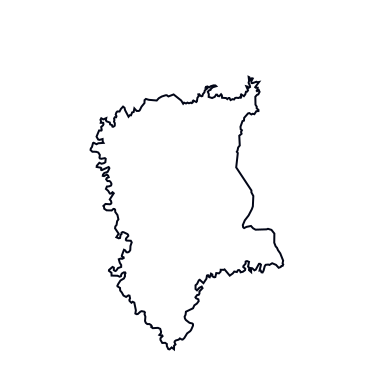 San Pedro el Alto, Oaxaca, Mexico (orthographic projection), rotated 48°
{"feature_id": "50627088B47026157219910", "entity_name": "San Pedro el Alto", "entity_type": "district", "adm_level": 2, "iso_a3": "MEX", "parent_name": "Mexico", "parent_adm1": "Oaxaca", "projection": "orthographic", "projection_center": [-96.479, 16.023], "detail": "fine", "context": "isolated", "style": "outline", "palette": "ink", "viewbox_px": 384, "rotation_deg": 48, "n_neighbors": 0, "source": "geoboundaries", "source_scale": "gbopen_adm2", "svg_char_len": 6044}
<svg xmlns="http://www.w3.org/2000/svg" viewBox="0 0 384 384"><g transform="rotate(48 192 192)"><path d="M306.9,172.7L305.6,172.4L304.0,170.2L296.7,167.5L292.7,167.0L290.4,166.2L288.4,166.2L284.7,164.8L278.0,158.6L273.3,158.3L270.2,160.2L269.7,161.5L262.5,170.0L259.8,170.9L256.7,170.9L254.4,174.8L253.7,177.4L252.5,177.6L250.6,176.4L248.4,171.7L247.3,165.6L244.8,159.0L243.4,156.4L236.0,149.1L232.0,148.1L230.6,146.8L203.3,142.7L193.7,131.9L192.1,131.8L191.7,130.5L189.8,127.9L189.4,125.4L181.8,119.2L181.9,116.2L180.2,115.4L179.5,113.6L178.1,113.9L176.0,112.4L173.1,107.0L173.7,105.6L171.8,103.6L171.1,97.8L171.7,96.6L174.1,96.0L174.5,94.5L175.9,93.6L175.0,90.1L176.3,88.5L175.5,87.7L173.0,87.9L171.9,86.8L169.6,86.4L163.6,81.2L163.3,78.8L163.8,77.4L162.8,74.8L161.0,74.2L160.6,76.2L160.1,76.2L159.5,74.4L158.5,73.4L157.2,74.8L156.4,74.9L155.1,68.6L154.4,69.8L153.2,70.3L151.6,74.2L150.9,74.8L149.4,73.9L148.3,70.9L147.6,71.3L147.6,73.3L145.2,72.6L144.4,72.9L147.6,75.2L148.7,76.9L151.6,77.8L152.8,78.6L152.5,80.1L150.9,80.2L149.8,80.9L153.9,82.3L154.3,83.8L153.6,84.8L155.1,87.1L155.5,89.3L152.4,90.1L152.6,90.8L154.4,92.0L154.6,92.7L153.5,93.2L153.4,94.4L151.5,96.1L151.0,97.2L151.4,98.8L150.1,99.8L149.5,101.8L147.2,101.3L146.6,102.0L146.6,103.6L145.0,103.8L142.1,106.6L140.1,105.1L138.8,105.0L139.1,107.6L138.1,108.5L136.5,108.2L135.8,108.9L136.5,111.5L135.6,114.2L132.5,116.0L130.5,114.0L128.1,113.2L127.9,111.3L128.5,109.9L128.0,108.7L128.1,106.4L129.6,103.2L128.5,103.3L127.2,104.6L125.9,107.4L125.8,109.2L123.9,109.9L123.2,111.3L123.6,112.1L124.5,111.2L125.2,111.4L125.1,114.6L126.2,116.0L126.6,118.5L127.6,120.0L127.3,120.8L126.0,121.4L124.2,121.2L123.7,122.0L125.2,122.8L125.6,124.9L127.9,127.7L128.0,128.6L124.9,129.8L125.0,130.7L125.9,131.4L125.8,132.7L124.8,133.1L124.0,134.9L122.5,135.6L122.2,137.2L120.3,138.1L120.5,139.5L116.8,138.8L107.2,140.4L105.2,145.6L103.2,146.0L102.4,147.0L100.8,150.6L100.1,153.9L100.4,157.0L94.6,162.4L92.0,164.0L92.0,165.8L94.1,167.8L94.8,172.4L96.3,176.2L96.2,177.2L94.7,178.9L91.3,178.9L93.5,181.8L92.8,183.3L94.2,186.0L93.3,186.9L93.6,188.8L86.5,187.0L84.2,185.8L82.4,186.1L82.7,189.3L83.7,192.0L82.2,193.6L82.3,195.0L83.4,196.9L85.1,197.4L85.7,198.4L84.8,199.4L85.3,200.8L86.6,201.5L87.5,202.9L89.2,203.3L90.8,204.8L91.1,205.5L90.7,207.1L90.1,207.4L88.7,206.7L87.0,207.6L85.4,206.6L82.3,208.2L81.0,208.0L79.7,206.3L78.7,209.3L76.5,210.1L77.1,211.7L78.8,212.4L79.5,213.5L81.2,211.7L82.4,212.4L82.9,213.5L82.9,216.0L85.5,217.6L85.7,218.2L84.1,219.9L87.0,225.9L90.3,226.6L91.4,225.8L92.8,223.0L94.8,224.6L96.3,224.9L93.1,229.0L92.6,231.0L89.6,232.1L89.4,232.8L91.6,236.2L92.0,238.1L92.9,239.3L95.4,239.1L98.0,236.3L100.0,235.2L102.8,235.7L104.6,237.8L105.4,238.0L106.7,237.1L108.5,234.1L109.6,233.9L111.9,236.5L111.6,238.2L110.5,240.3L108.3,241.3L108.8,245.2L109.6,246.1L112.8,243.6L113.6,243.5L114.7,244.7L115.4,244.4L117.6,237.3L118.4,237.2L119.2,237.7L120.6,241.2L119.2,244.5L119.5,246.5L120.3,247.5L121.3,246.8L122.1,243.6L123.7,243.4L125.3,244.0L124.6,246.0L125.1,247.3L127.3,247.5L128.8,245.9L129.8,245.8L131.7,246.2L132.6,247.0L133.0,247.8L132.4,249.7L131.0,251.6L132.1,253.9L135.0,253.5L138.1,254.1L138.9,253.4L139.0,251.2L140.6,251.0L142.5,258.1L144.5,258.2L146.2,259.2L146.5,260.0L146.2,261.2L143.0,264.3L143.1,267.2L144.0,267.2L145.7,268.4L148.5,267.7L152.0,264.0L152.0,261.7L152.8,261.0L153.7,261.0L155.5,262.4L159.2,262.8L163.1,265.0L163.6,267.2L166.0,270.1L166.3,272.0L167.5,273.5L173.9,274.4L175.0,278.5L177.4,277.4L178.0,276.2L176.0,273.7L176.2,272.7L175.1,271.5L175.4,270.3L176.2,269.7L180.1,268.1L181.2,268.2L182.0,268.7L182.4,272.1L183.3,273.2L184.2,273.2L187.3,270.1L189.1,270.5L190.9,273.8L193.8,276.7L194.3,278.5L193.9,280.1L192.9,281.0L190.6,280.7L189.4,281.2L192.3,286.7L193.0,287.2L194.8,286.5L195.4,287.0L194.9,288.7L193.7,289.6L193.0,291.4L196.2,293.0L198.9,293.5L200.3,294.8L199.0,297.9L199.7,300.9L199.4,301.9L197.8,302.4L195.9,300.7L194.5,301.2L194.4,305.8L195.0,306.5L198.1,305.9L200.3,307.7L204.4,303.4L206.6,302.4L207.0,301.1L206.0,299.8L205.7,298.5L206.1,296.5L207.0,295.5L207.8,295.7L208.3,297.0L209.8,298.2L210.7,300.5L209.9,304.4L211.0,308.4L211.8,310.3L212.3,310.5L215.1,309.7L217.2,311.3L219.7,311.4L223.1,312.2L225.9,311.2L226.3,308.4L227.2,307.8L229.6,309.2L230.3,310.8L231.3,311.3L233.8,311.1L233.9,309.5L235.6,308.9L242.4,312.9L244.4,315.4L245.6,315.0L246.4,314.0L246.4,310.4L246.9,309.1L249.1,307.5L250.0,307.6L251.0,309.0L253.5,310.1L256.4,313.2L258.3,313.9L260.2,313.6L261.7,312.0L263.5,311.5L264.9,311.7L265.0,312.6L266.9,312.3L270.2,308.2L272.4,307.2L275.2,308.5L276.1,309.6L276.4,311.9L277.6,311.3L278.6,310.1L279.4,310.3L279.6,313.3L280.8,314.4L284.3,315.1L286.1,312.9L288.1,312.4L289.7,313.8L292.9,314.7L293.9,314.0L293.9,311.1L296.8,310.6L294.2,308.1L294.3,306.3L291.9,305.5L291.4,304.6L291.5,303.3L292.8,300.7L292.7,299.0L294.6,298.4L295.4,297.7L295.4,295.5L293.8,290.2L294.2,286.5L293.9,284.9L292.0,280.7L290.9,279.7L290.0,279.7L287.5,281.4L283.1,282.2L281.3,281.9L279.7,280.9L278.9,278.9L276.9,276.6L279.1,269.0L277.8,266.1L278.2,263.0L277.6,260.1L276.0,259.1L273.7,260.1L272.5,259.9L272.0,257.0L272.9,255.9L272.5,254.5L270.9,253.0L270.5,248.5L268.8,248.1L268.1,250.6L268.4,254.1L266.5,254.3L263.7,251.8L263.7,249.7L262.2,246.0L262.4,245.0L267.4,244.5L266.1,239.3L264.1,236.8L264.5,235.8L266.5,236.2L267.2,235.9L265.4,232.5L266.9,232.1L268.3,233.3L270.2,232.6L270.8,231.6L268.5,228.2L270.5,226.4L270.3,224.0L269.0,222.7L271.0,220.6L271.3,219.6L279.4,219.9L279.8,216.2L279.4,213.8L281.5,212.2L280.9,210.3L281.4,209.3L282.9,209.1L284.2,209.6L285.3,207.6L285.6,204.9L284.6,203.7L282.1,204.1L281.5,203.5L281.1,200.1L279.6,198.7L279.7,198.1L280.2,197.3L282.1,196.4L285.0,200.3L286.5,200.1L288.2,201.9L291.0,201.6L288.0,199.1L288.9,198.3L292.0,198.0L292.4,196.6L290.2,190.3L290.9,189.5L292.2,189.4L295.6,194.4L296.3,193.5L298.2,194.1L299.0,193.4L298.3,191.4L295.8,187.6L295.4,186.0L296.9,183.9L298.0,183.3L298.6,180.1L302.4,178.3L306.3,178.3L307.1,176.3L306.8,174.9L307.5,174.1L306.9,172.7Z" fill="none" stroke="#020617" stroke-width="2"/></g></svg>